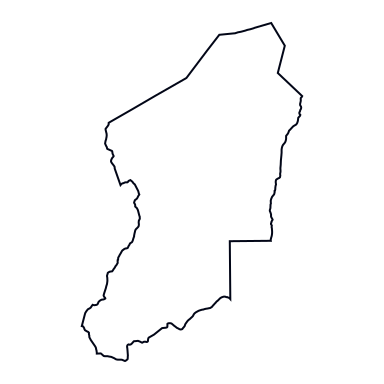 the district of Koas Krala, Batdâmbâng, Cambodia
{"feature_id": "14789045B77023093134849", "entity_name": "Koas Krala", "entity_type": "district", "adm_level": 2, "iso_a3": "KHM", "parent_name": "Cambodia", "parent_adm1": "Batdâmbâng", "projection": "natural_earth1", "projection_center": [103.147, 12.673], "detail": "fine", "context": "isolated", "style": "outline", "palette": "ink", "viewbox_px": 384, "rotation_deg": 0, "n_neighbors": 0, "source": "geoboundaries", "source_scale": "gbopen_adm2", "svg_char_len": 6059}
<svg xmlns="http://www.w3.org/2000/svg" viewBox="0 0 384 384"><path d="M108.7,122.8L108.6,124.6L107.7,126.1L105.6,128.8L105.6,129.7L106.2,132.2L106.6,133.8L106.7,135.4L106.5,137.3L106.3,138.0L106.1,139.4L105.6,140.7L105.3,142.3L105.1,143.6L106.1,145.9L106.8,147.1L107.0,148.1L107.3,148.9L111.2,150.6L111.7,150.8L112.1,151.1L112.3,151.8L112.5,153.3L112.7,154.0L113.3,155.3L113.6,155.9L113.6,156.3L112.9,157.2L112.3,157.8L111.4,159.5L111.1,160.4L111.0,161.3L111.3,162.2L112.1,163.4L112.5,163.9L113.6,165.3L114.5,166.6L114.6,167.2L114.7,168.1L114.7,168.5L120.5,185.1L121.0,184.5L121.3,184.1L121.9,183.7L122.2,183.5L122.7,183.3L123.4,183.2L124.8,182.5L125.6,182.3L126.3,182.3L126.7,182.3L127.1,182.4L127.7,182.1L128.0,181.8L128.6,180.9L130.4,180.1L132.1,181.5L132.6,182.0L133.1,182.8L133.6,183.4L134.3,184.0L134.8,184.4L138.2,191.0L138.6,192.5L138.8,193.4L139.3,194.5L139.0,195.0L138.7,195.3L138.4,195.8L137.1,198.4L136.6,198.9L136.1,199.3L135.3,199.8L134.8,200.4L134.6,201.0L134.4,201.7L134.2,202.1L134.1,202.6L134.2,203.0L135.0,204.3L135.2,205.1L135.2,206.5L135.5,206.9L136.7,207.9L137.4,209.1L137.7,209.7L138.1,210.9L139.4,215.9L139.7,216.5L139.8,218.7L139.6,219.3L138.9,220.5L138.7,222.1L138.7,223.0L138.9,224.1L138.8,225.2L138.7,225.9L138.4,226.6L138.1,227.0L137.6,227.5L137.1,228.1L136.2,228.9L135.5,229.8L135.0,231.3L134.9,232.0L134.6,233.1L134.1,235.6L134.1,236.4L133.3,238.6L133.1,239.4L132.8,240.4L132.2,241.8L131.9,242.2L129.9,243.5L129.6,244.5L128.6,246.0L127.8,247.8L127.4,248.1L126.5,248.4L125.9,248.4L124.4,248.9L123.2,249.9L122.6,250.2L121.9,251.1L120.7,253.3L119.6,255.1L119.3,255.8L118.3,257.5L118.2,257.9L118.1,259.7L117.7,259.9L117.6,260.3L117.7,260.8L117.6,261.6L117.7,262.9L116.3,265.3L115.4,266.3L115.0,267.2L114.5,268.0L113.5,269.3L113.0,270.2L112.2,271.3L109.7,271.7L108.4,272.4L107.8,272.9L107.7,273.4L107.3,274.8L107.1,275.3L107.0,275.8L107.0,276.2L107.2,277.2L107.3,278.0L107.4,280.9L107.2,282.5L107.0,284.0L106.3,286.2L105.8,288.3L104.2,293.2L103.6,295.4L103.7,295.8L104.1,296.7L105.2,298.0L105.3,298.5L104.6,299.0L103.7,299.4L102.5,299.6L102.0,299.6L101.4,299.8L100.6,300.2L99.6,300.9L98.6,301.9L98.3,302.5L97.8,303.8L97.2,304.5L96.4,304.9L94.4,305.2L93.6,305.1L93.2,305.0L92.7,304.8L92.0,305.6L91.3,306.7L90.7,307.6L89.6,308.4L88.8,308.8L88.3,309.0L87.5,309.7L87.2,310.2L86.5,311.0L85.3,312.9L84.9,314.2L81.8,326.1L82.7,326.3L83.2,326.5L83.6,327.2L84.2,328.2L84.4,329.1L85.0,330.2L87.0,331.4L88.3,332.0L89.0,332.9L88.9,334.0L89.0,334.6L89.3,335.5L89.3,336.3L89.4,337.3L90.8,340.0L95.0,346.1L95.8,347.5L96.1,348.8L96.2,349.6L96.5,350.4L96.6,351.4L96.7,351.9L96.8,352.8L96.8,353.6L99.5,353.5L100.1,353.4L100.9,353.5L102.2,354.6L103.3,355.6L103.6,355.9L104.2,356.1L104.6,356.1L105.0,356.2L106.1,356.2L107.6,356.2L108.9,356.5L110.7,356.8L111.3,356.9L112.4,357.4L113.3,357.8L114.4,358.3L115.8,359.2L116.3,359.4L117.9,359.7L121.4,359.7L122.1,359.8L123.5,360.4L124.2,360.7L125.0,361.0L125.7,360.7L127.5,359.3L127.7,358.5L127.8,356.1L127.9,355.3L127.8,354.5L127.5,350.4L127.3,348.2L127.1,347.0L127.1,346.4L127.2,345.8L127.4,345.4L127.7,344.9L128.0,344.7L128.7,344.4L129.6,344.7L130.1,344.6L130.8,344.4L131.8,343.6L133.8,341.3L134.2,341.2L135.9,341.1L137.5,340.9L138.1,340.9L139.7,341.5L142.1,342.7L142.8,342.4L143.5,341.9L144.7,341.7L145.2,341.7L146.7,342.0L147.1,341.9L147.5,341.7L147.9,341.2L148.1,339.2L148.3,338.4L148.6,337.8L148.9,337.5L149.3,337.3L154.0,334.6L162.1,328.1L165.9,327.7L166.6,327.5L167.0,327.3L167.3,326.9L167.4,326.2L167.4,323.9L167.7,323.6L168.1,323.4L168.9,323.2L169.5,323.2L170.2,323.2L171.5,323.5L173.9,325.5L174.4,326.0L175.1,326.4L176.8,327.8L178.7,328.7L179.4,329.2L180.7,329.5L181.6,329.3L182.2,329.1L182.5,328.8L183.1,327.9L183.7,327.3L184.7,326.0L185.2,324.4L185.6,323.7L187.3,321.3L187.9,320.6L189.0,319.6L189.6,319.2L190.7,318.2L191.2,317.7L191.8,317.2L192.8,316.2L193.3,315.4L193.6,314.6L194.5,313.4L195.9,312.3L198.6,310.8L200.0,310.3L202.0,309.7L203.5,309.5L204.2,309.2L205.7,308.8L207.7,308.5L209.0,308.2L209.7,308.1L210.4,307.9L211.1,307.4L211.8,307.0L212.3,306.4L213.2,305.3L214.2,304.3L214.7,303.6L215.3,303.1L216.8,301.3L217.4,301.0L220.0,298.4L220.7,297.8L221.3,297.6L222.1,297.1L222.7,297.0L223.4,296.7L224.7,296.6L225.3,296.7L226.0,297.0L226.8,297.2L227.2,297.1L228.0,297.5L229.1,297.9L229.5,298.2L230.3,299.1L229.8,241.2L270.8,240.8L270.7,240.3L270.8,239.0L271.0,238.6L271.1,237.9L271.6,236.4L271.9,234.9L272.1,233.0L272.1,231.2L271.9,228.5L271.8,227.8L271.6,227.2L271.7,226.4L271.8,225.5L271.4,224.8L271.0,224.2L271.0,223.3L271.4,222.7L271.4,221.9L271.7,221.4L272.0,220.6L272.5,220.0L272.6,219.5L271.4,217.4L271.1,216.7L271.0,215.7L271.1,215.1L271.0,214.2L270.4,212.3L269.9,211.2L269.8,210.2L270.4,208.1L270.5,205.5L270.5,204.7L270.9,203.4L270.8,202.6L270.8,201.7L270.7,200.9L271.2,198.9L272.1,196.8L273.4,195.2L274.1,194.4L274.4,193.3L274.6,192.3L274.7,191.9L274.5,191.0L275.0,190.5L275.2,189.7L275.3,188.9L275.3,187.9L275.6,185.7L276.0,184.6L275.7,182.0L275.9,180.4L276.2,179.7L276.7,179.3L278.0,178.5L279.3,177.9L280.0,177.2L280.3,175.4L280.1,174.0L280.4,172.3L280.5,171.9L280.5,170.1L280.4,169.0L280.4,168.0L280.7,164.9L280.9,160.4L281.4,155.3L281.5,153.8L281.6,152.9L281.6,150.9L281.6,149.5L281.9,147.7L282.3,146.3L283.0,144.9L284.7,142.9L285.2,142.1L285.5,141.4L285.8,140.4L286.1,138.9L286.1,137.9L286.1,136.3L286.2,135.7L286.5,135.4L287.9,133.6L288.3,132.8L289.1,130.6L290.1,129.7L290.9,128.8L292.0,127.6L292.4,127.2L293.0,126.5L294.0,125.8L295.4,125.0L296.2,124.5L297.1,123.2L297.6,121.8L297.9,120.7L298.0,119.9L298.1,119.1L298.2,118.2L298.3,117.7L299.9,116.0L300.2,115.4L300.3,114.8L299.8,114.4L299.5,113.8L299.3,113.1L299.4,112.4L300.0,111.2L300.3,109.9L300.9,109.0L301.1,108.3L301.2,107.5L301.0,106.6L300.2,105.3L300.1,104.8L300.1,103.9L300.7,101.3L300.8,100.6L300.7,98.7L300.8,98.0L301.8,96.9L302.2,96.1L277.8,73.0L284.8,45.7L271.2,23.0L254.7,27.8L253.5,28.3L250.1,29.3L247.3,29.9L245.3,30.6L241.2,31.7L239.7,32.0L238.0,32.3L235.0,33.3L234.6,33.3L219.3,34.8L207.0,50.7L186.4,78.0L155.3,95.8L132.5,109.1L110.9,121.5L108.7,122.8Z" fill="none" stroke="#020617" stroke-width="2"/></svg>